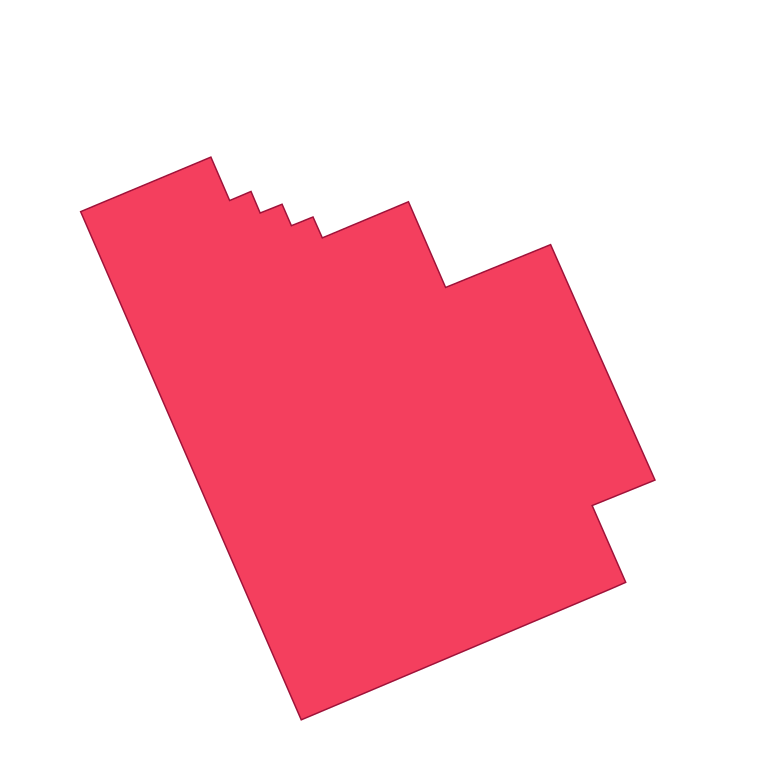 outline of Moultrie, Illinois, United States of America, rotated 157°
{"feature_id": "52423323B43589710426261", "entity_name": "Moultrie", "entity_type": "district", "adm_level": 2, "iso_a3": "USA", "parent_name": "United States of America", "parent_adm1": "Illinois", "projection": "orthographic", "projection_center": [-88.66, 39.62], "detail": "fine", "context": "isolated", "style": "filled", "palette": "rose", "viewbox_px": 768, "rotation_deg": 157, "n_neighbors": 0, "source": "geoboundaries", "source_scale": "gbopen_adm2", "svg_char_len": 411}
<svg xmlns="http://www.w3.org/2000/svg" viewBox="0 0 768 768"><g transform="rotate(157 384 384)"><path d="M255.0,106.8L239.0,107.0L239.9,190.8L172.1,189.7L174.5,330.0L176.2,447.2L289.6,448.8L290.3,542.2L383.7,542.6L384.1,565.5L407.4,565.9L407.6,589.3L431.2,589.8L431.2,613.2L454.4,613.2L454.7,660.5L595.9,661.2L593.3,332.5L591.4,107.2L255.0,106.8Z" fill="#f43f5e" stroke="#9f1239" stroke-width="1.5"/></g></svg>